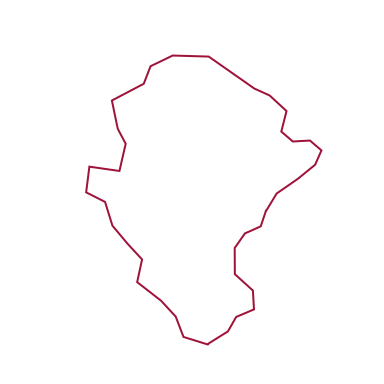 the district of Alampra, Nicosia, Cyprus, rotated 305°
{"feature_id": "46923920B79876706126113", "entity_name": "Alampra", "entity_type": "district", "adm_level": 2, "iso_a3": "CYP", "parent_name": "Cyprus", "parent_adm1": "Nicosia", "projection": "robinson", "projection_center": [33.406, 34.989], "detail": "fine", "context": "isolated", "style": "outline", "palette": "rose", "viewbox_px": 384, "rotation_deg": 305, "n_neighbors": 0, "source": "geoboundaries", "source_scale": "gbopen_adm2", "svg_char_len": 787}
<svg xmlns="http://www.w3.org/2000/svg" viewBox="0 0 384 384"><g transform="rotate(305 192 192)"><path d="M312.5,128.0L292.7,97.9L271.3,85.9L253.0,90.4L221.0,73.9L201.2,94.9L193.5,110.0L167.6,120.5L153.9,93.4L131.0,105.5L132.5,115.9L134.0,126.5L118.8,146.1L112.7,168.7L108.1,189.8L86.7,198.8L85.2,229.0L80.6,250.1L68.4,268.2L76.1,292.3L76.6,292.6L77.0,292.3L98.2,301.3L98.3,301.4L114.3,299.9L115.1,299.9L131.4,310.1L146.2,298.4L149.3,274.2L170.6,259.1L187.4,259.1L188.4,259.1L203.3,268.0L216.8,264.0L217.6,263.8L218.6,263.4L218.6,263.6L239.3,262.2L263.7,271.2L278.9,275.5L284.8,277.2L285.1,277.2L296.2,275.0L300.3,274.2L301.8,259.1L291.2,245.6L292.7,230.5L312.5,223.0L315.6,200.3L312.5,183.8L312.5,161.1L312.5,144.6L312.5,128.0Z" fill="none" stroke="#9f1239" stroke-width="2"/></g></svg>